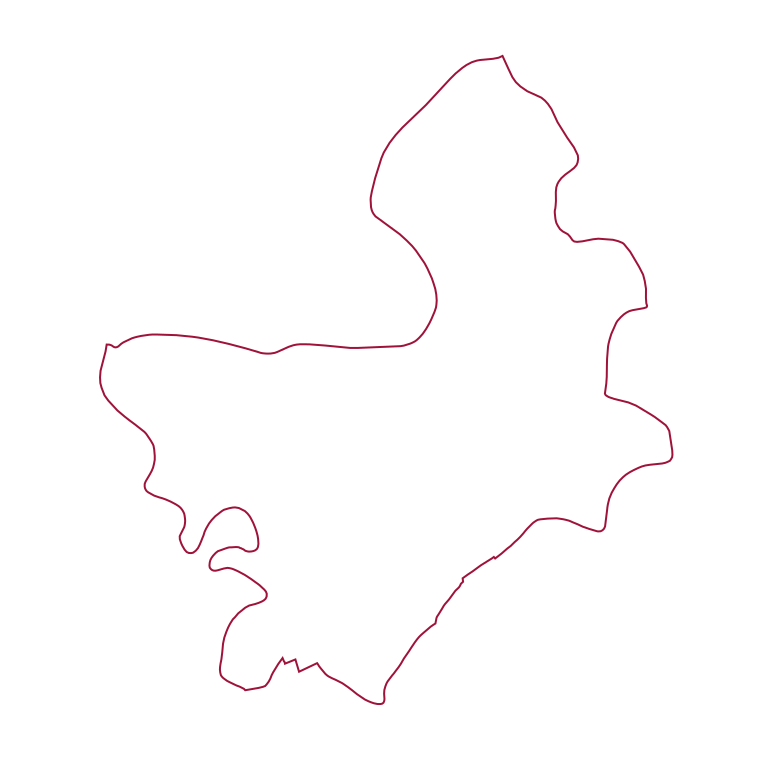 the district of Vinh Bao, Hải Phòng, Vietnam, rotated 266°
{"feature_id": "81297802B55266176914642", "entity_name": "Vinh Bao", "entity_type": "district", "adm_level": 2, "iso_a3": "VNM", "parent_name": "Vietnam", "parent_adm1": "Hải Phòng", "projection": "orthographic", "projection_center": [106.477, 20.681], "detail": "fine", "context": "isolated", "style": "outline", "palette": "rose", "viewbox_px": 768, "rotation_deg": 266, "n_neighbors": 0, "source": "geoboundaries", "source_scale": "gbopen_adm2", "svg_char_len": 6122}
<svg xmlns="http://www.w3.org/2000/svg" viewBox="0 0 768 768"><g transform="rotate(266 384 384)"><path d="M88.2,224.2L89.6,237.9L90.4,242.4L91.1,244.5L92.8,246.2L95.1,248.2L98.1,250.1L101.5,251.7L104.1,253.3L112.1,259.0L117.7,263.7L114.2,264.9L113.5,265.5L111.9,265.7L115.4,276.4L102.9,279.2L110.2,297.8L108.7,298.7L106.9,299.6L104.3,301.4L98.9,305.3L97.0,307.2L95.9,308.7L93.9,312.0L92.4,314.9L90.8,317.6L88.4,321.6L83.9,327.2L80.4,331.2L78.7,333.0L76.4,335.5L70.6,342.9L68.6,346.4L67.2,349.3L66.2,351.7L65.3,354.9L65.1,356.5L65.0,358.4L65.3,360.1L66.2,361.3L67.4,361.9L68.5,362.3L70.0,362.5L75.1,362.5L78.7,363.0L82.1,364.2L85.1,365.6L87.1,366.9L92.7,371.8L94.2,373.3L97.0,375.7L100.5,378.8L103.7,381.3L108.9,384.8L115.6,390.2L118.7,392.5L124.2,396.8L127.1,399.3L129.3,401.4L131.1,403.5L133.3,406.4L138.7,413.7L140.1,416.0L141.5,418.6L146.8,420.0L148.1,420.6L151.0,422.8L156.3,426.6L158.4,428.0L160.1,429.4L164.4,433.7L172.8,440.8L175.8,444.5L177.2,445.6L177.8,446.0L178.9,446.5L179.3,446.8L180.2,447.8L181.2,449.1L184.7,448.9L188.0,454.2L190.9,459.3L196.4,468.0L202.5,479.5L203.8,481.5L202.2,482.7L204.7,486.5L206.8,489.6L211.4,495.7L213.6,499.1L217.2,503.3L219.4,506.2L221.9,509.1L225.3,512.6L227.5,514.6L229.6,516.7L234.0,521.7L235.3,523.3L237.2,526.6L237.8,528.1L238.1,530.7L238.3,538.0L238.1,543.7L238.0,546.8L237.5,549.3L236.6,553.3L235.8,556.0L234.8,558.9L234.1,560.4L233.0,562.4L230.6,567.3L227.7,572.5L226.9,574.5L225.2,578.4L222.3,586.1L222.0,587.3L222.0,589.8L222.8,591.7L224.3,593.4L226.5,594.6L243.4,597.9L245.2,598.2L248.2,598.9L254.1,600.8L259.7,603.6L263.9,606.4L267.6,609.1L271.3,612.4L274.3,615.8L276.7,619.1L278.9,623.1L280.7,627.1L282.6,632.0L283.7,635.3L284.5,639.1L284.9,643.9L285.3,656.0L285.8,659.3L286.6,661.7L287.5,663.9L288.9,665.0L290.8,666.3L293.3,666.8L297.6,666.9L317.2,665.3L321.3,663.4L323.3,662.1L326.8,658.1L332.2,651.8L335.1,647.9L344.9,633.9L348.6,626.4L353.2,612.2L353.8,610.9L354.5,609.1L355.4,607.1L357.1,604.7L357.7,604.2L359.0,603.7L369.0,605.8L375.5,606.7L387.4,607.7L393.6,608.3L405.7,610.1L408.5,610.8L412.8,612.2L418.2,614.3L428.8,619.9L430.7,621.3L434.2,624.9L436.7,628.1L438.3,630.8L439.6,633.8L440.3,637.1L441.5,648.3L442.1,650.9L442.7,651.6L443.7,651.9L446.3,651.3L451.6,651.3L460.7,652.0L468.6,651.3L475.0,650.1L483.2,646.6L498.8,638.8L506.8,633.2L508.1,631.8L510.2,627.5L511.9,622.4L514.0,608.0L513.8,602.6L512.5,591.9L512.3,586.5L512.9,583.7L514.4,582.0L518.1,579.8L520.6,577.8L523.7,573.0L526.2,570.4L529.4,568.6L532.3,567.3L534.0,566.9L536.9,566.5L542.7,566.3L544.5,566.4L545.9,566.7L547.0,567.1L550.3,567.7L554.6,568.3L563.5,568.8L568.1,569.6L571.3,570.9L573.7,572.4L577.0,575.3L580.3,579.5L583.1,584.0L586.2,588.6L588.9,591.3L591.5,592.6L595.1,593.4L598.6,593.3L606.8,590.0L617.0,583.9L633.0,575.4L646.6,570.2L651.9,567.1L655.5,564.3L658.7,560.9L666.1,547.3L671.4,540.7L675.9,536.6L681.1,533.5L689.7,530.1L703.0,525.1L701.5,521.1L700.8,515.4L700.5,502.3L700.1,499.0L698.9,494.1L696.5,488.6L693.9,484.2L688.8,477.1L683.8,471.3L659.4,445.3L638.6,420.3L631.6,413.0L624.2,406.4L614.9,399.9L609.3,397.1L589.9,389.5L577.2,385.4L571.1,383.8L568.8,383.5L561.3,383.4L558.3,383.9L556.2,384.6L554.5,385.4L551.8,387.2L532.4,410.1L525.5,416.7L519.7,421.7L514.8,425.2L501.7,432.9L496.1,435.4L486.1,439.1L481.2,440.4L475.2,441.8L469.4,442.4L463.6,442.4L459.5,441.8L456.7,441.2L452.4,439.4L445.2,435.7L441.4,433.5L435.9,429.8L431.4,426.2L427.8,422.5L425.7,419.9L424.5,418.1L423.3,415.4L422.4,412.8L420.9,406.4L420.6,403.0L421.8,360.5L422.3,353.0L426.5,327.9L428.8,312.1L429.5,303.4L429.4,299.5L429.0,296.4L428.3,293.6L427.7,291.4L423.4,279.7L422.7,277.3L422.5,275.3L422.3,273.1L422.4,270.6L422.6,268.4L423.1,265.3L423.7,263.0L424.7,260.6L429.3,248.2L434.8,232.0L439.6,216.3L443.3,201.9L444.5,196.2L447.2,180.3L449.1,161.8L449.5,156.6L449.5,153.2L448.9,145.1L448.3,140.9L447.8,138.3L447.2,135.8L446.1,133.0L443.8,127.1L442.4,124.6L440.5,122.2L439.7,121.0L439.3,119.6L439.3,118.3L439.9,116.9L441.5,115.0L442.4,112.9L442.7,110.1L435.9,108.5L417.1,102.2L410.5,101.2L404.7,101.1L400.0,102.0L392.2,104.4L386.7,107.8L376.2,116.2L369.6,123.0L365.8,127.2L361.0,132.8L353.0,141.6L350.9,143.3L344.0,147.3L339.9,149.3L338.4,149.8L336.4,150.0L334.5,150.2L328.3,150.3L324.3,150.0L320.4,149.0L316.7,147.8L313.5,146.2L310.5,144.3L303.5,139.5L302.1,138.8L300.9,138.3L298.4,138.1L296.8,138.3L295.2,138.9L293.8,139.7L292.4,141.2L288.7,146.9L286.6,151.8L285.7,154.4L284.0,158.3L281.6,162.9L278.7,167.6L276.6,170.5L274.7,172.4L272.7,173.8L271.0,174.7L268.7,175.6L266.7,175.9L263.4,176.1L261.2,176.1L260.0,175.9L258.2,175.6L255.9,175.0L254.8,174.5L248.2,170.6L246.4,169.6L243.4,169.5L239.2,170.6L236.6,171.6L232.7,173.5L230.2,175.4L229.0,177.6L228.8,180.0L229.0,181.7L230.8,184.6L233.3,187.0L236.5,188.9L239.8,190.6L242.8,192.0L245.6,193.4L249.0,194.7L252.1,196.4L254.5,198.0L257.0,199.7L258.7,201.2L260.2,202.5L263.9,206.5L265.3,208.6L268.5,213.3L269.7,215.6L270.3,218.3L270.9,221.0L271.3,224.4L271.3,226.8L270.4,230.6L267.0,236.3L264.3,238.8L261.7,240.6L259.6,241.7L254.7,243.8L249.5,245.5L245.7,246.5L241.5,247.3L238.2,247.6L233.4,247.6L230.3,246.9L228.6,246.0L227.7,244.9L226.9,243.6L226.4,241.7L226.2,240.0L226.2,237.6L226.6,235.9L227.3,234.0L228.6,232.6L229.1,231.8L229.4,231.1L230.1,230.1L230.5,228.9L231.2,227.9L231.5,226.5L231.7,224.6L231.7,221.1L231.8,218.9L231.8,218.0L231.4,215.9L228.8,206.6L227.2,204.3L224.7,201.6L222.7,199.9L220.6,198.6L218.4,197.8L216.3,197.4L214.9,197.2L212.9,197.4L211.3,198.5L210.3,199.7L209.7,201.1L209.5,202.9L209.7,204.8L211.1,211.3L211.5,215.0L211.1,217.0L210.3,219.6L209.4,221.5L208.2,223.8L207.0,225.9L203.4,231.6L201.8,233.8L198.5,238.1L195.7,241.4L193.5,244.1L191.9,245.9L189.3,248.3L187.3,250.2L185.2,251.7L183.0,252.4L180.2,252.1L178.0,250.9L176.6,249.1L175.6,247.1L174.4,243.7L173.5,240.1L172.4,234.0L170.5,229.9L165.4,222.6L161.6,218.9L159.8,216.8L155.4,213.6L151.9,211.5L147.7,209.4L142.1,207.0L136.1,205.3L128.0,204.0L120.7,202.6L116.7,201.5L113.1,200.7L110.6,200.4L107.7,200.5L104.8,201.0L103.2,202.0L101.9,203.1L100.5,204.7L98.7,206.9L97.2,209.4L93.6,215.7L92.2,218.8L89.7,223.0L88.2,224.2Z" fill="none" stroke="#9f1239" stroke-width="2"/></g></svg>